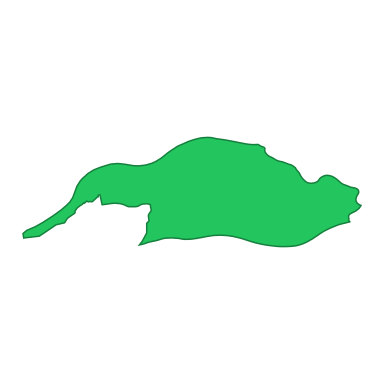 Altena, Noord-Brabant, Netherlands
{"feature_id": "6326949B90099876945918", "entity_name": "Altena", "entity_type": "district", "adm_level": 2, "iso_a3": "NLD", "parent_name": "Netherlands", "parent_adm1": "Noord-Brabant", "projection": "natural_earth1", "projection_center": [4.974, 51.77], "detail": "fine", "context": "isolated", "style": "filled", "palette": "green", "viewbox_px": 384, "rotation_deg": 0, "n_neighbors": 0, "source": "geoboundaries", "source_scale": "gbopen_adm2", "svg_char_len": 5788}
<svg xmlns="http://www.w3.org/2000/svg" viewBox="0 0 384 384"><path d="M257.8,144.4L257.2,144.5L254.5,144.6L252.3,144.6L248.7,144.3L245.3,143.8L240.2,142.8L230.5,140.9L224.9,139.9L215.9,138.6L211.3,137.6L207.7,137.4L201.6,137.8L198.6,138.4L193.3,139.8L191.3,140.5L188.1,141.6L185.2,142.9L183.4,143.7L181.1,144.7L177.5,146.3L174.0,148.6L172.1,149.8L167.8,152.8L164.4,155.6L160.4,158.7L160.0,158.9L155.9,161.4L152.1,163.2L146.0,165.0L138.9,165.9L133.6,165.7L129.3,165.0L124.6,164.2L123.5,164.1L117.7,163.5L110.7,164.1L103.8,166.2L99.5,167.6L93.6,170.0L87.7,173.7L85.3,176.0L82.6,178.3L80.3,180.9L76.9,186.3L74.7,192.4L72.7,197.7L69.8,202.1L66.8,205.1L61.6,209.6L58.1,212.2L52.8,216.0L42.9,222.4L35.3,226.7L26.9,230.3L23.0,233.5L23.7,238.0L36.5,236.5L39.2,236.2L46.4,231.4L53.6,226.5L56.0,224.8L64.6,222.8L66.0,220.5L67.4,218.3L72.1,215.0L74.5,213.4L75.1,212.7L74.9,211.4L77.0,208.1L80.2,205.6L82.4,204.3L83.8,202.8L84.4,203.2L86.8,201.1L88.3,201.9L89.2,201.6L89.6,201.6L92.2,201.7L92.4,201.6L92.5,201.6L92.9,201.2L93.6,200.6L93.9,200.3L94.1,200.1L95.3,199.0L97.0,197.3L97.3,197.1L97.5,197.0L97.9,197.0L98.0,197.1L98.3,197.2L98.3,197.3L98.2,197.0L98.1,196.8L98.1,196.5L98.1,196.4L98.1,195.9L98.2,195.7L98.2,195.4L98.3,195.3L98.3,195.2L98.5,195.1L98.9,195.0L99.2,194.9L99.7,194.9L100.0,194.9L100.9,199.2L101.0,199.3L101.2,200.5L102.1,204.7L102.5,204.7L105.6,204.3L110.4,203.6L114.5,203.2L117.3,203.4L118.4,203.5L119.9,203.6L122.0,204.1L123.6,204.6L125.5,205.4L127.3,206.3L128.8,206.7L133.0,206.7L135.6,206.7L137.1,206.5L138.3,206.1L140.4,204.9L140.7,204.7L141.8,204.3L143.0,204.0L144.5,204.0L146.6,203.7L148.6,204.1L149.4,204.3L149.9,204.5L150.3,204.8L150.4,205.2L150.5,205.6L150.5,206.4L150.6,207.3L150.8,208.1L151.0,208.8L151.2,209.5L151.1,210.1L151.0,210.8L150.7,211.5L150.4,211.9L149.6,213.0L149.0,213.9L148.7,214.4L148.5,215.0L148.4,215.6L148.4,216.3L148.6,217.6L148.7,218.5L149.1,220.8L148.7,221.2L148.5,221.4L146.7,223.3L146.7,224.1L146.7,225.0L146.7,226.7L146.7,230.9L146.7,233.0L142.1,241.5L139.4,244.9L142.0,244.4L144.4,243.7L147.3,242.7L149.1,242.1L157.5,240.3L157.7,240.2L159.7,239.6L161.8,238.9L162.0,238.9L162.9,238.7L164.1,238.4L165.1,238.2L165.6,238.1L166.8,238.1L167.9,238.1L170.9,237.9L173.3,238.0L177.2,238.3L177.9,238.3L178.8,238.4L181.1,238.9L182.3,239.1L183.4,239.2L184.3,239.3L185.3,239.3L186.2,239.3L187.3,239.3L188.0,239.3L190.0,239.2L192.4,239.0L194.3,238.7L196.7,238.4L198.2,238.1L199.8,237.8L200.6,237.7L203.2,237.2L207.3,236.4L208.6,236.2L209.5,236.1L210.4,235.9L211.2,235.8L212.7,235.6L213.6,235.5L214.6,235.4L216.4,235.3L218.1,235.3L219.3,235.2L219.9,235.2L221.0,235.2L222.5,235.3L224.2,235.4L224.8,235.4L226.0,235.5L227.5,235.6L229.2,235.8L230.7,236.1L232.3,236.3L234.7,236.8L235.4,237.0L236.8,237.3L239.4,237.9L242.7,238.8L244.7,239.5L247.9,240.5L251.2,241.6L253.3,242.2L255.4,242.8L257.9,243.4L261.9,244.3L263.2,244.5L264.3,244.7L265.3,244.9L268.3,245.3L269.3,245.5L270.9,245.7L273.0,245.9L275.2,246.2L277.5,246.4L279.0,246.5L279.6,246.5L281.3,246.6L283.6,246.6L285.5,246.6L287.8,246.5L290.2,246.4L291.2,246.3L291.8,246.3L293.1,246.1L293.9,246.1L295.5,245.8L296.4,245.7L296.9,245.6L297.7,245.4L298.7,245.1L299.5,244.9L301.1,244.4L302.8,243.8L304.3,243.2L305.1,242.8L306.8,242.0L309.0,240.8L309.5,240.5L310.5,239.9L312.0,239.1L312.9,238.5L313.8,237.9L314.5,237.5L315.6,236.7L316.2,236.3L316.7,236.0L316.8,235.9L318.2,235.0L319.7,233.9L321.6,232.7L323.1,231.7L324.3,231.0L326.0,230.2L327.5,229.4L328.6,228.9L329.5,228.4L330.4,228.0L331.6,227.5L333.3,226.8L333.6,226.7L334.0,226.5L335.1,226.1L338.6,224.7L342.0,223.8L343.0,223.5L343.7,223.4L350.4,221.7L349.4,221.5L349.3,221.4L349.0,220.7L348.9,219.9L348.9,219.0L348.8,218.2L348.6,217.4L348.6,216.5L348.7,215.7L349.1,214.9L350.0,214.0L351.4,213.2L352.4,212.7L352.9,212.4L354.5,211.7L355.6,211.1L356.6,210.4L357.6,209.6L358.3,209.0L359.2,208.2L359.8,207.3L360.4,206.5L361.0,205.4L359.7,204.9L358.7,204.3L357.3,203.2L356.7,202.3L356.3,201.5L356.0,200.7L355.9,199.8L355.9,199.5L356.0,199.0L356.1,198.2L356.3,197.3L356.7,196.5L357.0,195.7L357.5,194.8L358.1,194.0L358.5,193.2L358.7,192.3L358.7,191.5L358.5,190.7L358.1,189.8L357.2,189.0L356.5,188.6L355.4,188.1L354.4,187.9L353.3,187.7L352.8,187.6L352.3,187.5L351.2,187.3L350.2,187.0L349.1,186.5L348.1,186.1L347.0,185.7L346.0,185.3L343.9,184.6L342.8,184.1L341.8,183.5L340.7,182.7L339.7,181.8L337.5,179.9L337.4,179.8L337.0,179.5L336.4,179.0L336.0,178.7L335.7,178.5L335.5,178.3L335.0,178.0L333.9,177.3L333.7,177.2L333.0,176.8L332.7,176.7L332.2,176.4L331.8,176.3L331.3,176.1L330.2,175.8L329.3,175.6L329.1,175.5L328.1,175.4L327.0,175.3L326.0,175.4L324.9,175.6L323.9,175.9L323.8,176.0L322.9,176.4L321.7,177.0L320.7,177.7L319.7,178.6L319.4,179.1L318.9,179.9L318.3,180.8L317.2,181.6L316.5,182.0L315.5,182.5L314.5,182.8L313.4,183.0L312.4,183.2L311.4,183.3L310.3,183.2L309.2,183.1L308.2,182.8L307.1,182.5L306.1,181.9L305.8,181.6L304.8,180.8L304.0,180.0L303.2,179.2L302.4,178.3L301.8,177.5L301.2,176.7L300.7,175.8L300.3,175.0L299.8,174.1L299.5,173.4L299.3,173.1L298.9,172.5L298.3,171.8L298.1,171.5L297.4,170.8L296.7,170.0L296.2,169.3L296.1,169.2L295.5,167.9L294.4,167.0L294.1,166.8L293.9,166.7L293.4,166.2L292.4,165.6L291.3,165.0L290.3,164.6L290.2,164.6L289.1,164.3L288.1,164.0L287.0,163.5L286.1,163.2L285.8,163.1L285.0,162.8L283.7,162.3L282.8,162.0L282.3,161.8L281.7,161.7L280.7,161.5L279.8,161.3L279.6,161.3L279.4,161.2L278.7,161.1L277.6,160.6L276.5,160.2L275.5,159.7L275.1,159.4L273.8,158.6L273.3,158.3L272.3,157.7L271.3,157.2L270.2,156.8L269.2,156.2L268.8,156.0L268.7,155.9L268.1,155.5L267.7,155.2L267.2,154.7L266.0,153.4L265.5,152.6L265.0,151.8L264.8,151.0L264.8,150.4L264.8,150.0L264.8,149.5L264.9,149.1L264.9,148.5L264.7,148.0L264.3,147.6L263.8,147.3L262.8,146.8L260.7,146.1L259.6,145.4L258.6,144.7L257.8,144.4Z" fill="#22c55e" stroke="#15803d" stroke-width="1.5"/></svg>